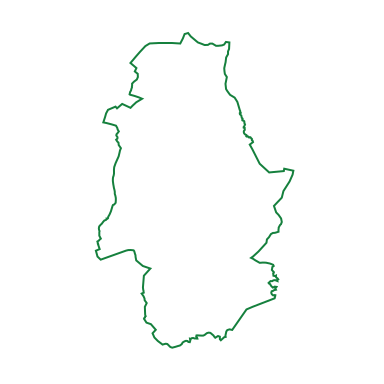 the district of Bebeji, Kano, Nigeria, rotated 8°
{"feature_id": "59680162B69796164397605", "entity_name": "Bebeji", "entity_type": "district", "adm_level": 2, "iso_a3": "NGA", "parent_name": "Nigeria", "parent_adm1": "Kano", "projection": "mercator", "projection_center": [8.315, 11.538], "detail": "fine", "context": "isolated", "style": "outline", "palette": "green", "viewbox_px": 384, "rotation_deg": 8, "n_neighbors": 0, "source": "geoboundaries", "source_scale": "gbopen_adm2", "svg_char_len": 4939}
<svg xmlns="http://www.w3.org/2000/svg" viewBox="0 0 384 384"><g transform="rotate(8 192 192)"><path d="M288.6,285.8L288.9,283.5L288.9,282.6L287.9,282.6L286.8,283.1L285.3,282.2L284.5,280.8L284.7,279.2L286.2,278.5L287.0,277.7L288.7,277.1L287.9,276.0L287.6,275.0L288.7,274.7L288.9,274.2L288.0,274.2L287.0,274.2L285.4,275.4L283.9,274.4L282.9,273.4L282.3,272.4L281.1,272.0L280.5,271.4L282.2,269.3L283.9,269.1L284.8,268.2L286.5,267.7L289.0,268.3L288.6,267.1L289.5,266.5L288.8,265.7L287.8,265.2L286.9,264.4L286.8,263.1L285.9,263.7L284.3,263.6L283.7,261.2L284.3,260.5L284.1,259.8L283.1,259.1L281.9,258.0L282.0,256.7L282.0,255.1L283.2,253.9L282.5,252.8L280.9,252.4L279.2,252.0L275.1,251.7L272.1,252.0L268.9,252.7L264.1,250.8L261.9,249.7L259.7,249.0L261.4,247.4L266.1,241.7L272.8,231.9L272.8,228.5L274.5,226.1L276.0,222.7L277.8,221.3L279.7,220.9L280.9,220.4L283.2,219.3L282.9,217.5L282.9,216.3L282.8,215.1L283.8,212.4L284.6,211.5L285.1,209.2L283.9,205.8L280.9,202.6L278.2,200.5L275.1,194.4L281.7,185.1L282.4,178.4L287.2,167.9L289.2,160.8L289.4,156.8L280.1,156.1L280.0,158.5L265.7,161.9L255.1,154.6L250.5,148.0L245.9,141.4L242.6,137.0L244.9,134.7L245.5,134.1L244.8,132.7L244.2,132.5L243.9,132.0L244.0,131.2L243.3,130.6L242.7,130.2L242.3,129.7L241.6,129.6L241.1,130.1L240.5,130.0L239.4,129.0L238.9,129.3L238.4,129.5L238.0,129.3L238.0,128.9L237.9,128.0L236.6,127.6L235.5,126.7L235.1,125.9L234.9,125.2L234.9,124.4L235.1,123.9L235.5,123.5L235.6,122.8L235.4,122.2L235.3,121.7L235.3,121.3L234.6,121.2L234.2,121.1L234.1,120.5L234.5,119.8L234.8,119.0L235.0,118.3L235.1,117.6L234.6,117.2L234.5,116.8L234.2,116.2L234.2,115.6L233.9,114.7L233.4,114.3L232.5,114.2L232.0,114.1L231.7,113.7L232.0,112.6L231.7,112.1L231.0,111.7L230.6,110.7L230.2,109.4L229.3,108.8L228.8,108.5L228.5,108.0L228.4,107.5L229.0,107.3L229.3,106.9L228.9,106.3L228.5,106.0L228.5,105.2L227.8,104.0L226.8,101.8L224.4,96.5L221.1,92.6L216.2,90.5L214.6,88.9L212.7,86.9L211.4,85.3L210.1,80.2L210.5,73.3L208.1,70.5L207.3,67.7L206.7,64.9L207.0,60.9L207.2,58.8L207.1,54.0L208.5,50.5L208.1,47.8L208.8,45.2L208.2,38.7L204.7,38.7L203.3,41.5L201.4,42.6L197.9,43.5L195.5,43.9L191.5,42.2L189.2,42.5L187.3,44.1L184.0,44.7L180.8,43.9L177.1,43.1L175.1,41.9L174.5,41.5L169.1,38.1L166.0,35.1L162.7,36.6L161.6,41.2L159.7,46.6L151.9,47.2L138.8,49.0L129.4,50.8L125.5,54.0L120.9,60.6L117.7,65.5L113.1,72.8L119.7,77.0L118.6,80.6L121.8,82.5L122.4,85.7L121.7,88.3L119.2,90.8L117.6,93.0L117.9,95.1L117.8,95.9L118.0,96.8L117.8,97.5L117.6,98.5L117.5,99.9L116.8,101.6L116.6,104.0L117.2,104.3L119.8,104.6L121.9,104.9L126.2,105.7L129.6,106.6L124.3,110.9L123.1,112.4L121.2,114.7L119.4,117.2L110.6,114.5L106.1,119.6L104.4,118.1L97.4,122.3L96.0,126.1L95.5,129.8L94.5,135.4L97.6,135.6L102.9,136.2L107.5,136.9L109.1,139.0L109.7,140.5L111.1,142.2L110.3,143.7L109.2,145.4L109.2,146.6L110.6,148.1L110.7,149.5L109.6,150.8L111.1,152.5L112.3,153.3L112.9,155.7L115.5,158.5L114.9,161.0L114.8,162.6L114.4,166.9L112.3,174.2L111.5,178.2L111.6,180.6L111.9,182.6L112.2,184.7L112.1,186.8L111.8,188.2L111.8,189.8L112.1,192.1L113.0,195.4L113.7,197.5L114.1,198.8L114.9,200.7L115.5,202.5L115.8,204.6L116.7,206.5L117.4,208.6L117.7,210.6L117.9,213.3L117.4,214.1L116.7,215.2L115.6,215.8L115.3,216.6L114.4,222.4L113.8,224.6L113.5,225.7L113.1,226.7L112.6,227.9L112.4,228.9L112.5,229.5L112.0,229.9L111.3,230.1L111.6,230.5L111.3,230.7L110.6,231.7L109.2,232.4L108.3,233.7L107.0,236.1L106.2,237.0L104.9,239.0L104.8,240.8L105.2,242.4L105.9,243.6L105.8,244.6L106.1,246.7L106.3,248.2L108.2,250.9L107.0,252.2L106.7,252.9L105.8,253.7L105.2,254.2L106.3,256.6L106.1,256.7L106.9,258.2L108.5,261.4L105.0,263.5L107.4,269.1L111.0,271.7L134.9,259.2L136.9,258.4L139.2,258.0L141.1,257.9L142.3,257.9L143.0,258.6L143.5,259.7L144.1,261.1L144.8,262.4L145.2,264.3L146.3,267.5L153.6,272.1L161.4,273.6L156.0,281.6L156.7,293.4L157.2,295.2L157.2,295.3L157.4,295.9L157.7,296.5L157.8,297.0L157.9,297.5L158.0,298.0L158.2,298.4L156.3,299.6L157.6,301.0L158.6,302.1L159.8,304.1L160.2,305.8L162.6,308.3L161.3,312.3L162.5,319.0L162.8,320.4L163.4,321.4L163.2,321.6L162.9,322.0L162.9,322.5L162.9,322.8L162.8,323.0L162.5,323.2L162.3,323.4L162.2,323.8L162.1,324.2L165.1,327.7L169.7,328.6L175.3,333.5L172.6,337.4L175.0,341.3L178.9,344.3L184.1,347.2L185.9,346.4L187.2,345.9L188.8,346.0L190.5,347.3L192.1,348.5L194.1,348.9L197.2,347.6L199.5,346.5L201.4,345.7L203.0,344.1L203.7,342.3L205.4,340.9L206.8,340.2L208.4,340.2L209.2,341.0L210.7,341.0L211.0,339.3L210.6,338.2L210.4,337.5L211.4,337.6L212.1,336.8L213.4,336.4L215.1,336.7L216.1,336.5L217.0,336.5L217.7,336.4L217.2,335.4L216.3,334.6L216.4,333.4L217.3,333.2L220.2,333.0L222.9,332.7L224.3,331.9L225.4,330.7L226.4,329.7L227.9,329.0L229.5,328.9L230.8,329.5L231.6,330.1L233.1,331.0L234.3,332.3L235.3,333.1L237.8,331.0L239.7,331.4L240.1,333.9L241.2,334.8L243.1,332.5L244.2,331.2L245.5,330.8L245.1,329.5L245.4,325.3L246.2,323.8L248.3,322.8L251.0,323.0L262.3,300.7L268.1,297.2L288.6,285.8Z" fill="none" stroke="#15803d" stroke-width="2"/></g></svg>